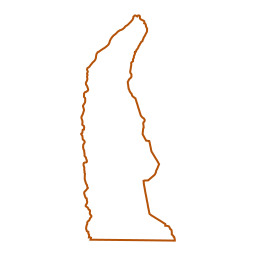 outline of Buriticupu, Maranhão, Brazil
{"feature_id": "56859067B77921230498574", "entity_name": "Buriticupu", "entity_type": "district", "adm_level": 2, "iso_a3": "BRA", "parent_name": "Brazil", "parent_adm1": "Maranhão", "projection": "natural_earth1", "projection_center": [-46.359, -4.421], "detail": "fine", "context": "isolated", "style": "outline", "palette": "amber", "viewbox_px": 256, "rotation_deg": 0, "n_neighbors": 0, "source": "geoboundaries", "source_scale": "gbopen_adm2", "svg_char_len": 4588}
<svg xmlns="http://www.w3.org/2000/svg" viewBox="0 0 256 256"><path d="M135.0,15.4L134.4,15.8L133.9,16.3L133.4,16.8L133.3,17.6L133.1,18.6L132.5,19.7L131.8,20.6L130.7,21.9L129.9,22.7L128.7,23.9L128.1,24.5L127.5,25.0L127.0,25.4L126.1,25.8L125.5,26.3L124.8,27.0L124.5,27.6L122.9,29.0L121.0,30.0L120.1,30.2L119.4,30.6L118.7,31.1L118.1,31.4L117.2,32.3L116.7,32.8L116.1,33.5L115.1,34.3L114.5,34.8L113.4,35.6L112.8,36.4L112.2,37.0L111.7,37.7L111.0,38.7L110.1,40.4L109.7,41.3L109.6,42.2L109.2,43.1L108.7,44.2L108.3,44.8L107.6,45.4L106.9,46.1L105.6,47.1L104.7,47.8L103.6,48.5L102.9,48.9L101.9,49.6L101.2,50.0L99.8,51.0L99.1,51.6L97.7,52.2L97.2,53.0L96.6,53.9L96.3,54.8L96.2,55.7L96.0,56.7L95.9,58.0L95.4,59.4L94.4,60.9L93.9,61.4L93.3,61.9L92.7,62.5L91.8,63.6L90.6,65.1L90.1,65.7L89.7,66.4L89.0,67.1L87.5,68.1L87.0,69.2L87.3,70.4L87.8,71.5L87.6,72.5L87.0,73.4L87.1,74.1L87.6,75.0L87.0,76.5L87.4,78.9L87.1,80.2L86.7,81.3L86.2,82.0L85.9,82.8L85.9,83.8L86.1,84.8L86.8,85.5L87.3,86.8L88.0,88.7L88.2,89.7L87.9,90.6L87.0,91.2L86.4,91.8L85.5,91.9L85.0,92.2L84.5,92.8L84.0,93.7L84.1,94.9L83.9,96.1L84.1,97.1L85.0,97.9L85.2,98.7L85.2,100.1L85.2,101.2L85.1,102.1L84.6,103.2L83.6,104.7L83.0,105.8L83.0,106.7L83.4,107.5L83.7,108.6L83.9,109.2L84.0,110.4L83.7,111.2L83.1,113.2L82.6,114.5L82.2,115.5L81.7,116.2L81.4,117.1L81.5,118.3L81.8,119.2L82.3,120.6L82.5,121.8L82.5,122.9L82.2,124.0L82.4,124.9L83.7,125.8L84.2,127.1L83.9,129.6L82.7,129.8L82.3,132.9L81.2,133.7L81.3,134.5L81.8,135.0L82.3,135.6L82.8,139.5L83.7,140.2L84.3,140.9L84.7,141.7L84.6,142.6L84.0,143.5L83.2,144.9L83.2,146.2L83.0,147.2L83.3,148.0L83.4,149.2L83.8,149.8L84.1,150.4L84.3,152.4L84.4,153.1L84.6,154.1L84.5,155.2L84.6,156.0L85.9,157.5L86.2,158.8L86.6,159.8L86.9,160.9L86.9,161.7L86.5,162.3L85.0,162.5L84.0,162.9L83.5,163.9L83.5,165.0L83.7,165.7L83.9,166.5L84.3,167.6L84.3,168.7L84.2,169.6L84.4,170.6L84.6,171.4L84.4,172.1L84.6,173.0L85.0,173.6L84.8,175.3L84.8,176.6L84.7,177.5L84.7,178.7L84.9,179.7L85.3,181.2L85.7,182.6L86.4,184.3L87.0,185.1L87.2,186.2L87.4,187.2L87.9,188.0L86.5,189.6L86.1,190.2L85.6,190.7L84.5,191.7L84.2,192.6L84.2,193.4L84.5,194.5L84.8,195.7L85.2,196.5L85.5,197.6L86.1,198.2L86.7,198.4L86.9,200.5L87.1,201.2L87.2,202.0L87.0,203.1L86.3,204.3L85.7,205.3L85.7,206.1L86.5,206.8L87.5,207.4L88.0,208.0L88.7,209.6L89.6,210.0L90.0,210.8L90.0,211.6L89.8,212.5L89.8,213.3L90.2,214.5L91.3,215.6L91.4,216.7L90.0,218.4L89.4,219.9L89.0,220.6L88.2,221.1L87.6,221.7L87.2,222.6L87.3,223.8L86.6,225.4L86.2,227.5L86.1,228.7L86.6,230.4L86.9,231.2L87.8,231.5L88.4,232.0L88.2,233.1L88.5,233.8L89.1,234.6L89.1,235.7L88.9,237.4L90.0,237.3L91.0,237.7L90.8,238.9L90.5,239.7L141.5,240.2L174.8,240.6L174.8,239.5L174.2,237.0L173.5,236.7L173.3,235.8L172.4,235.0L171.8,234.5L171.8,232.2L171.5,230.1L170.9,229.4L170.1,228.9L169.6,227.6L169.0,226.5L168.1,226.1L166.3,225.7L165.3,225.8L165.3,224.7L165.3,224.0L163.3,222.8L160.9,221.2L158.7,219.9L156.8,218.7L153.9,216.9L151.3,215.3L149.5,213.8L147.9,205.9L147.5,203.3L147.3,202.4L147.1,201.4L146.9,200.5L146.6,198.7L145.2,191.6L145.1,190.8L144.9,189.7L144.5,187.5L143.9,184.3L143.6,180.8L144.8,180.5L148.1,180.4L153.7,175.6L154.9,174.5L155.9,172.2L156.3,170.4L157.3,168.6L158.0,166.7L159.1,164.2L157.7,161.7L157.3,161.0L156.9,160.3L156.2,159.2L155.5,158.1L152.5,153.1L151.5,151.5L151.2,150.3L150.9,148.6L149.3,141.1L146.1,140.6L142.6,134.2L142.7,133.2L143.1,129.2L143.3,128.2L143.7,127.7L143.6,126.6L143.4,124.9L143.2,123.1L143.6,122.2L144.3,121.6L144.6,120.8L144.7,119.9L144.3,119.2L143.9,118.5L142.3,117.4L140.8,115.6L139.9,112.7L139.6,111.8L139.2,110.4L138.3,107.7L137.6,105.2L135.8,99.6L135.4,98.3L134.5,97.8L133.9,97.2L133.4,96.9L132.7,96.4L132.1,95.5L131.7,94.1L131.3,93.4L130.6,92.7L129.6,91.1L129.1,89.4L128.6,88.7L128.5,87.8L128.3,86.2L128.0,83.8L127.8,83.1L127.8,81.6L128.5,80.7L128.8,79.8L129.3,79.1L130.8,77.8L131.4,76.8L131.4,75.8L131.5,74.8L131.1,73.8L130.4,73.0L130.2,72.1L130.2,71.3L130.7,68.8L130.8,67.6L131.0,66.7L131.3,64.6L131.1,63.5L131.5,62.3L132.5,61.7L133.0,61.2L133.1,60.3L132.9,59.5L133.4,58.5L133.8,57.8L133.9,56.1L134.6,54.7L135.0,53.5L134.8,52.7L134.9,51.9L136.0,51.6L136.3,50.2L137.0,49.4L137.5,48.7L138.0,48.0L138.4,47.1L138.6,46.2L139.5,45.2L139.9,44.0L140.8,42.8L141.2,41.9L142.4,41.2L142.7,40.2L143.0,39.2L143.4,38.7L143.7,37.4L144.6,36.3L145.7,34.0L146.8,32.0L147.1,30.9L147.0,29.7L147.2,28.9L146.8,28.0L146.4,27.3L146.0,26.5L145.9,25.6L145.8,24.9L145.2,23.6L144.2,23.3L144.4,22.5L144.2,21.2L142.8,20.3L141.0,19.5L140.0,18.6L139.9,17.4L139.9,16.5L139.6,15.8L139.0,15.4L138.1,15.5L137.2,16.5L136.2,15.8L135.0,15.4Z" fill="none" stroke="#b45309" stroke-width="2"/></svg>